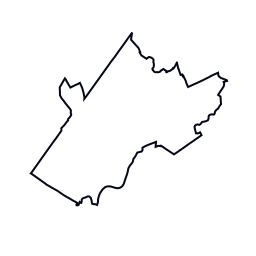 outline of Mogosani, Dâmbovita, Romania, rotated 291°
{"feature_id": "2599482B27311535557827", "entity_name": "Mogosani", "entity_type": "district", "adm_level": 2, "iso_a3": "ROU", "parent_name": "Romania", "parent_adm1": "Dâmbovita", "projection": "natural_earth1", "projection_center": [25.391, 44.675], "detail": "fine", "context": "isolated", "style": "outline", "palette": "ink", "viewbox_px": 256, "rotation_deg": 291, "n_neighbors": 0, "source": "geoboundaries", "source_scale": "gbopen_adm2", "svg_char_len": 4548}
<svg xmlns="http://www.w3.org/2000/svg" viewBox="0 0 256 256"><g transform="rotate(291 128 128)"><path d="M151.7,51.3L141.5,49.7L135.6,52.2L134.0,52.9L133.8,53.3L133.4,53.8L132.5,54.6L131.9,55.4L131.4,56.2L131.0,57.0L130.0,58.7L129.2,59.8L127.4,62.9L125.8,65.7L125.3,66.6L124.7,67.5L124.1,68.3L123.2,68.6L122.4,68.9L121.2,69.3L120.9,69.6L120.2,70.2L119.4,70.3L118.3,70.0L117.0,69.7L116.2,69.4L115.0,68.9L114.2,69.1L113.5,69.4L112.2,68.7L110.6,68.3L107.5,67.4L105.6,66.5L103.8,65.8L101.9,66.7L101.6,66.8L92.6,64.5L90.5,63.9L89.1,63.5L68.3,58.1L68.2,58.1L51.4,53.8L50.8,53.6L50.8,53.9L49.3,59.7L48.6,62.6L48.4,63.0L48.3,63.4L48.3,63.6L48.2,63.8L48.2,64.0L48.1,64.4L48.0,64.5L48.0,64.9L47.9,65.2L47.9,65.3L47.8,65.5L47.7,66.0L47.6,66.4L47.5,66.6L47.4,67.0L46.9,69.1L46.3,71.3L46.2,71.5L46.0,71.8L45.5,75.4L45.2,77.2L45.0,78.1L44.9,78.4L44.9,78.9L44.6,80.9L44.4,82.4L44.3,83.2L44.2,83.7L44.2,84.1L43.9,85.5L43.9,85.8L43.8,86.0L43.7,86.2L43.4,87.5L43.0,89.1L42.5,91.1L42.2,92.6L42.0,93.9L41.7,95.3L41.3,98.5L41.0,100.3L40.9,100.7L40.6,102.4L40.4,103.4L40.3,105.1L40.1,106.2L39.9,107.3L38.3,107.4L37.8,107.3L37.4,107.7L37.5,108.0L37.9,108.9L38.7,108.8L38.7,109.4L39.8,109.4L41.6,109.4L41.2,110.6L41.3,111.2L41.8,111.2L42.5,111.1L43.1,111.0L43.5,110.8L43.9,110.7L44.1,110.6L44.4,110.5L44.7,110.5L45.0,110.5L45.4,110.6L45.7,110.8L45.9,110.9L46.4,111.3L48.1,113.4L49.7,114.9L50.2,116.3L49.3,118.5L47.5,119.8L45.8,120.8L44.5,121.7L44.5,122.7L45.1,124.6L45.1,126.7L47.9,126.5L50.5,125.7L52.3,125.4L54.2,125.2L56.9,125.2L59.2,125.7L61.6,126.3L63.1,127.0L64.7,127.9L66.0,129.5L66.9,131.6L67.3,133.5L67.5,136.8L67.8,139.0L68.4,140.7L69.7,142.3L71.8,143.6L74.5,144.1L77.2,143.9L85.6,143.6L88.9,143.1L90.5,142.8L93.8,143.3L95.3,143.8L97.2,144.5L98.6,144.5L99.5,144.4L100.7,144.1L104.1,145.0L108.4,145.5L111.0,149.2L112.4,149.5L114.8,148.6L117.2,150.6L119.6,153.0L122.8,156.6L125.1,159.1L120.3,160.5L121.3,161.7L122.2,162.6L122.5,163.8L122.8,165.1L123.3,165.2L122.8,167.5L121.9,171.1L119.9,180.4L122.0,181.9L129.5,187.0L134.8,190.5L140.0,194.1L141.0,194.7L143.6,196.5L145.5,197.8L147.1,198.8L147.6,199.2L147.9,199.0L149.8,196.8L148.0,195.3L147.4,193.4L148.2,192.9L150.0,191.5L151.9,190.3L153.0,189.7L154.2,189.7L155.3,190.3L156.2,191.6L156.5,193.5L157.5,194.2L160.2,195.0L162.0,198.0L163.8,199.8L165.5,199.9L167.4,199.2L168.5,199.1L169.6,199.7L170.8,201.3L171.2,203.2L171.8,203.6L172.4,203.7L174.6,203.4L176.7,204.0L178.2,205.1L181.8,205.7L183.7,206.3L184.7,205.8L185.5,205.4L190.5,203.1L191.2,200.3L192.4,200.5L196.0,201.3L199.0,202.0L200.2,202.2L201.1,202.4L202.1,202.3L202.8,202.2L203.7,201.9L204.5,201.5L204.9,201.2L205.4,200.8L206.4,202.2L207.4,203.6L208.1,203.0L208.0,196.6L208.9,194.2L209.7,193.4L211.9,192.3L209.6,190.0L206.0,186.5L205.8,186.5L205.6,186.3L205.2,186.0L200.0,181.3L195.3,176.8L191.6,173.1L187.8,169.4L189.6,167.6L191.3,166.0L192.4,165.2L193.8,163.9L194.4,163.1L196.2,161.3L195.9,161.1L196.6,160.6L196.3,160.3L197.4,159.4L196.4,158.1L199.9,155.1L200.9,154.5L201.0,154.0L203.0,152.6L205.8,150.7L206.6,150.3L206.6,150.2L203.8,149.9L201.4,149.5L200.7,149.4L199.9,149.1L200.0,148.8L200.1,148.6L199.0,148.3L197.6,147.6L197.0,147.1L196.1,146.4L195.8,145.9L195.5,145.4L195.4,145.0L194.5,144.7L193.9,144.2L193.8,143.7L194.0,143.6L194.8,143.2L195.1,142.9L195.1,142.5L195.2,142.3L195.2,142.1L195.3,141.9L195.7,140.3L195.8,140.0L195.6,139.7L194.4,139.0L194.2,138.7L193.7,138.3L192.7,138.0L192.5,137.8L192.2,137.6L191.9,137.6L191.6,137.2L190.9,136.3L190.7,135.8L190.6,135.2L190.4,134.7L190.0,133.9L189.8,133.1L189.9,132.6L190.0,132.1L190.1,131.9L190.3,131.6L190.8,131.0L190.9,130.6L191.0,130.4L191.4,130.1L191.6,129.8L191.9,129.6L192.2,129.5L192.5,129.6L192.8,129.8L193.2,130.0L193.7,130.0L194.5,130.1L195.0,129.9L197.2,129.2L198.5,128.1L198.8,128.0L199.7,127.8L200.1,127.7L200.4,127.5L200.8,127.4L201.0,127.2L201.3,126.8L201.5,126.4L201.8,125.5L201.9,125.2L202.0,124.7L202.0,124.2L202.0,122.8L201.7,122.3L201.6,121.9L201.0,121.6L200.2,121.0L199.7,120.5L199.5,120.4L199.3,120.4L200.5,114.8L201.3,113.5L201.5,113.3L202.7,111.8L202.9,112.0L203.2,112.2L203.3,112.1L203.7,111.7L204.2,111.3L206.4,109.2L207.3,107.5L208.9,104.3L211.5,99.2L214.5,98.5L218.6,97.7L210.8,95.6L205.2,94.2L197.8,92.2L189.9,90.2L182.8,88.1L177.9,86.9L174.2,85.9L172.6,85.5L164.2,83.3L155.4,81.0L151.9,80.1L146.9,78.8L143.8,78.0L139.7,76.8L140.8,76.5L142.4,75.4L143.9,74.5L145.5,73.5L148.9,70.9L151.0,68.9L152.9,66.9L151.0,65.3L148.7,63.0L145.1,59.7L146.1,58.5L146.9,57.3L148.0,56.1L148.6,55.3L149.8,53.8L151.0,52.5L151.7,51.3Z" fill="none" stroke="#020617" stroke-width="2"/></g></svg>